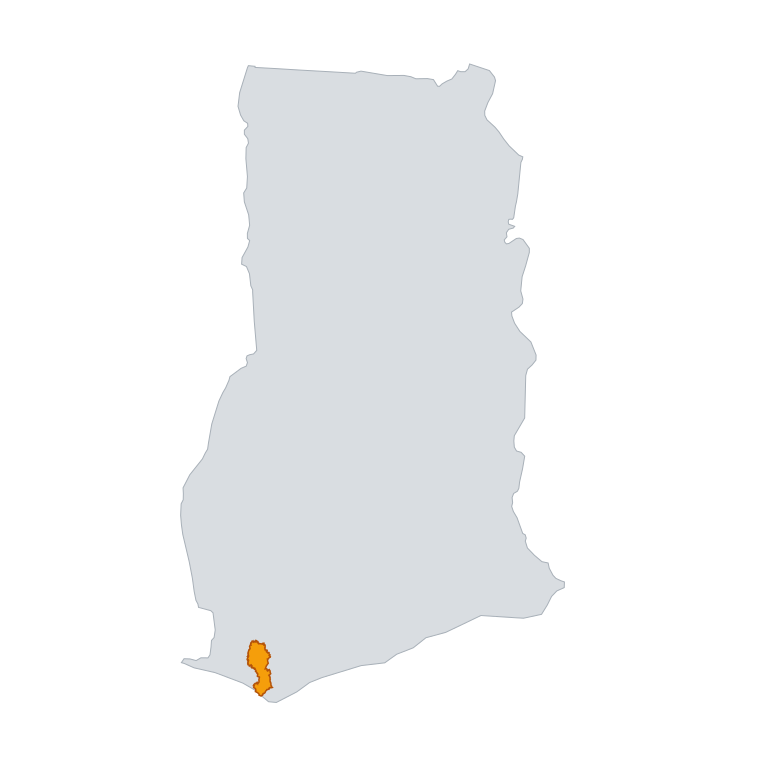 Nzema East, Western, Ghana (highlighted), rotated 4°
{"feature_id": "2480657B37092877755739", "entity_name": "Nzema East", "entity_type": "district", "adm_level": 2, "iso_a3": "GHA", "parent_name": "Ghana", "parent_adm1": "Western", "projection": "natural_earth1", "projection_center": [-2.226, 5.086], "detail": "fine", "context": "in_parent", "style": "filled", "palette": "amber", "viewbox_px": 768, "rotation_deg": 4, "n_neighbors": 0, "source": "geoboundaries", "source_scale": "gbopen_adm2", "svg_char_len": 7890}
<svg xmlns="http://www.w3.org/2000/svg" viewBox="0 0 768 768"><g transform="rotate(4 384 384)"><path d="M467.3,64.0L472.8,70.1L474.1,73.6L472.1,86.8L468.0,96.0L465.4,104.7L465.8,109.0L468.3,113.3L476.8,120.1L481.1,124.5L486.3,131.2L492.2,137.7L502.4,146.2L506.6,147.7L506.4,150.1L505.1,153.4L504.2,185.0L503.4,193.2L502.7,197.3L501.8,209.1L500.7,210.8L498.8,210.7L497.0,211.1L496.6,213.5L497.3,215.9L503.4,217.6L502.1,219.4L497.6,221.0L495.5,224.6L496.4,228.6L493.9,231.9L494.6,234.1L496.3,235.7L498.8,235.1L505.9,229.6L508.9,229.0L512.6,230.2L519.5,238.5L519.8,242.6L517.0,256.5L514.3,267.3L513.9,281.6L516.7,289.6L516.4,294.1L513.3,297.9L506.2,303.4L506.8,307.2L510.0,314.2L515.9,322.1L527.6,331.8L533.7,344.5L533.9,349.6L530.3,354.8L526.1,359.2L524.8,365.7L526.7,408.1L517.6,426.5L517.5,431.8L518.4,437.9L520.9,441.6L525.6,442.6L529.4,446.2L528.1,459.1L526.1,472.2L525.8,478.6L524.6,481.6L521.0,484.1L519.7,488.3L520.6,493.4L519.9,497.2L521.9,502.1L526.1,508.2L532.8,523.4L535.4,524.6L536.6,527.8L535.9,530.9L538.5,537.6L546.0,544.4L553.9,550.2L560.2,551.1L561.7,556.3L565.9,563.0L569.0,565.9L573.8,567.8L577.8,568.9L578.0,574.5L570.8,578.4L566.0,584.2L562.3,593.1L557.2,602.8L539.6,607.9L532.9,608.0L496.8,608.2L463.0,627.4L443.5,634.2L431.6,645.1L415.5,652.7L404.2,662.1L380.9,666.5L342.6,681.2L330.6,687.0L318.5,697.2L298.8,709.2L291.0,709.0L275.6,697.9L264.0,692.2L235.6,683.7L214.4,680.4L204.2,676.7L201.3,676.1L203.7,672.0L209.6,671.8L215.9,673.0L220.5,669.9L227.5,669.5L229.3,666.3L229.8,658.3L229.8,651.8L232.2,648.8L232.8,641.2L229.4,624.2L227.0,622.2L214.6,619.8L213.7,616.4L211.5,612.9L209.1,604.1L206.4,591.1L202.1,574.9L193.8,548.2L191.8,538.8L190.3,529.2L190.0,517.7L191.8,513.5L191.5,507.5L190.8,501.6L196.6,488.1L208.1,471.4L210.5,465.4L212.6,461.3L213.0,455.3L215.0,435.9L220.5,412.5L223.9,403.7L226.3,398.9L229.1,391.1L229.8,387.4L240.4,378.3L245.3,375.8L246.3,372.2L244.7,368.2L245.4,365.5L247.9,364.2L251.8,363.1L254.7,359.3L250.2,330.5L246.6,301.7L246.4,299.2L244.3,295.3L242.1,283.4L238.6,276.4L233.6,274.4L233.6,267.8L238.7,256.8L240.0,250.3L237.6,248.3L237.2,243.3L238.9,235.1L238.1,230.1L237.2,224.7L232.0,212.1L230.7,203.2L233.4,198.0L233.3,186.6L230.5,168.9L230.0,157.8L232.0,153.2L231.0,148.8L227.3,144.6L227.0,140.5L230.2,136.6L229.8,133.5L225.8,131.2L222.2,125.8L219.0,117.2L219.7,103.4L225.7,78.1L226.5,75.9L233.2,76.1L233.3,77.2L254.4,76.9L278.6,76.7L307.5,76.3L333.8,76.0L334.9,74.9L339.2,73.5L365.8,76.1L382.3,74.8L389.4,75.6L394.5,77.3L406.0,76.3L412.1,76.9L416.7,83.2L418.6,83.2L421.1,80.5L425.7,77.4L430.4,75.0L433.7,70.1L435.7,66.3L438.7,67.1L443.1,66.8L446.0,63.7L447.1,58.8L467.3,64.0Z" fill="#d9dde1" stroke="#a8b0b8" stroke-width="1"/><path d="M270.4,649.6L270.2,650.1L270.1,650.4L270.2,650.7L270.0,651.0L269.7,651.1L269.8,651.2L269.5,651.6L269.6,651.8L269.1,652.1L269.2,653.1L269.3,653.4L269.4,653.5L269.5,653.7L268.9,653.7L268.7,653.8L268.6,654.0L268.5,654.6L268.3,655.0L268.2,655.3L268.3,655.5L268.6,656.3L268.6,656.6L268.8,657.1L268.9,657.4L268.7,657.5L268.5,657.8L268.3,657.9L268.1,658.6L267.8,658.6L267.1,661.6L267.3,661.6L267.2,662.3L267.2,662.5L267.3,662.5L267.5,662.7L267.5,663.1L267.4,663.4L267.4,663.7L267.5,663.7L267.5,664.0L267.3,664.1L267.2,664.4L267.7,664.7L267.5,664.8L267.2,665.1L267.3,665.1L267.3,665.3L267.2,665.2L267.2,665.4L267.5,665.6L267.5,666.0L267.3,666.0L267.3,666.3L267.2,666.3L267.2,666.5L267.0,666.8L267.0,667.2L266.9,667.4L267.0,667.7L266.8,667.8L266.7,667.9L266.7,668.1L266.8,668.1L266.9,668.4L267.0,668.3L267.1,668.8L267.3,668.6L267.6,668.6L267.5,668.8L267.2,668.9L267.3,669.1L267.9,669.3L267.7,669.5L267.9,670.1L267.7,670.1L267.7,670.5L267.7,670.9L267.8,670.9L267.8,671.1L267.5,671.6L267.6,671.9L267.8,672.0L267.7,672.2L267.9,672.3L267.8,672.5L267.8,672.8L267.7,673.0L268.0,673.5L268.2,673.4L268.4,673.6L268.6,673.7L269.1,673.9L269.0,674.0L269.3,674.3L269.5,674.3L270.0,674.3L269.9,674.4L270.1,674.4L270.1,674.5L270.4,674.3L270.5,673.9L270.8,673.6L270.9,673.8L271.1,673.8L271.2,673.7L271.3,673.9L271.6,674.1L271.6,674.4L271.8,674.4L271.7,674.8L271.6,675.2L271.4,675.4L271.5,675.6L271.4,675.9L271.8,676.1L271.9,676.4L272.1,676.4L272.0,676.2L272.4,675.9L272.7,676.0L272.8,675.9L272.9,676.0L273.0,676.0L273.3,676.1L273.5,676.5L273.9,676.4L274.0,676.7L274.5,676.6L274.4,677.0L274.5,677.1L274.5,677.4L275.0,677.8L275.2,677.7L275.2,677.3L275.4,677.3L275.4,677.7L275.7,678.1L276.0,678.4L276.3,678.9L276.2,679.2L276.3,679.4L276.1,679.6L276.3,679.7L276.2,679.9L277.3,680.8L277.5,681.0L277.5,681.6L278.1,681.7L278.1,682.1L278.3,682.3L278.3,682.8L278.0,684.3L278.4,684.6L278.7,684.6L279.7,685.0L280.0,684.9L280.2,685.1L279.8,687.9L279.9,688.5L280.1,688.8L280.1,689.3L280.0,690.3L279.6,690.7L279.4,691.1L279.2,690.8L278.7,690.4L278.4,690.4L278.5,691.3L278.2,690.9L277.5,691.1L277.4,691.9L277.2,692.0L276.9,691.8L276.3,691.7L276.2,691.8L275.7,692.4L275.2,692.9L275.2,693.4L274.9,693.6L274.8,693.9L275.0,693.9L275.3,693.8L275.5,693.9L275.3,694.2L275.4,694.6L275.3,695.3L275.5,695.7L275.3,696.0L276.7,696.6L277.0,696.8L277.2,697.2L277.3,697.5L277.2,697.8L277.4,697.9L277.4,698.3L277.6,699.0L277.6,699.4L277.3,699.4L277.2,699.8L277.6,699.9L278.2,700.3L278.8,700.4L280.5,701.5L280.8,702.0L281.0,702.2L281.2,702.8L281.1,703.1L282.6,703.6L283.0,703.8L283.1,703.6L283.3,703.6L283.8,703.4L284.1,702.9L284.5,702.9L284.5,702.6L284.7,702.4L284.7,702.2L284.7,701.9L285.0,701.5L285.0,701.4L285.3,701.4L285.4,701.1L285.7,701.1L286.0,700.8L286.4,700.7L286.9,700.1L287.2,699.0L287.5,698.5L287.6,698.3L287.8,698.0L288.2,697.7L288.4,697.1L288.7,697.2L289.2,696.9L289.3,696.8L289.7,696.7L290.1,696.2L290.5,696.5L290.6,696.4L291.0,695.7L290.7,695.4L290.8,695.0L291.0,694.9L291.2,695.1L292.2,694.8L292.7,694.8L292.8,694.8L292.8,694.6L293.1,694.4L293.4,694.4L293.5,694.6L293.8,694.5L293.7,694.4L293.2,694.2L292.9,693.9L292.9,693.5L292.7,693.4L292.8,693.1L292.5,692.9L292.4,692.6L292.2,692.3L292.1,692.0L292.2,691.6L292.2,691.2L292.0,690.4L291.9,690.2L291.8,689.6L291.7,689.4L291.3,689.3L291.2,689.1L291.3,689.0L291.3,688.7L291.0,688.1L291.0,687.0L290.9,686.6L291.1,686.4L291.0,686.2L290.9,686.2L290.9,685.6L290.9,685.2L290.7,685.0L290.8,684.5L290.6,684.2L290.5,683.9L290.5,683.7L290.4,683.6L290.2,683.1L289.9,683.1L289.7,683.0L289.8,682.9L289.7,682.8L289.7,682.4L289.8,682.4L290.0,682.0L290.3,681.8L290.5,681.7L290.7,681.4L291.1,681.1L291.2,680.8L291.0,680.4L290.4,679.2L290.5,678.5L290.3,678.0L289.5,677.1L289.4,676.9L288.9,677.2L288.7,677.7L288.3,678.2L287.8,678.4L287.5,678.0L287.7,677.9L287.6,677.2L287.3,677.1L286.9,676.3L285.7,676.3L285.4,676.4L286.3,673.4L288.0,670.6L287.3,668.8L286.9,666.5L287.2,666.5L287.7,666.4L287.9,666.1L288.5,665.0L288.6,664.8L289.1,664.6L289.3,664.2L289.6,664.3L289.7,663.9L289.4,663.4L289.0,663.2L288.9,663.0L288.9,662.8L288.5,662.7L288.8,662.3L288.6,662.3L288.5,661.8L288.1,660.9L288.1,660.1L288.0,659.9L287.7,659.9L287.4,660.2L286.9,660.3L286.9,659.9L286.6,659.7L286.3,659.8L285.7,659.5L285.6,659.4L285.8,659.3L285.9,658.7L285.7,658.8L285.6,658.6L285.9,658.2L285.6,658.0L285.6,657.7L285.3,657.8L284.9,657.6L284.6,657.7L284.4,657.4L283.9,657.4L283.9,657.2L283.8,656.7L283.6,656.4L283.6,656.0L283.8,655.7L283.7,655.4L283.5,655.1L283.8,654.8L283.6,652.7L283.3,652.5L283.2,652.6L282.9,652.7L282.6,652.8L282.6,652.6L282.3,652.5L282.2,652.3L282.4,651.0L282.1,651.0L281.8,651.0L281.6,651.3L281.3,651.1L280.9,651.3L280.9,651.5L280.7,651.7L280.7,651.9L278.9,651.7L277.9,651.8L277.0,651.6L277.0,651.2L276.8,651.2L276.7,651.4L276.6,651.2L276.6,650.9L276.5,650.7L276.2,651.0L275.8,650.7L276.0,650.4L276.2,650.0L275.8,649.8L275.8,649.7L275.6,649.7L275.4,649.5L275.0,649.3L275.0,649.1L274.7,648.9L274.6,649.0L274.7,649.8L274.3,649.9L274.2,649.9L273.7,649.6L273.6,649.4L273.5,649.7L273.6,650.2L273.2,650.1L272.9,649.7L272.6,649.9L272.6,650.2L272.2,650.6L271.9,650.2L271.9,650.3L271.7,650.4L271.2,649.8L270.9,649.8L271.0,650.0L270.8,649.9L270.7,649.6L270.4,649.6Z" fill="#f59e0b" stroke="#b45309" stroke-width="1.5"/></g></svg>